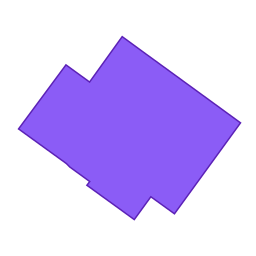 Marion, Kansas, United States of America, rotated 126°
{"feature_id": "52423323B47340881619030", "entity_name": "Marion", "entity_type": "district", "adm_level": 2, "iso_a3": "USA", "parent_name": "United States of America", "parent_adm1": "Kansas", "projection": "equal_earth", "projection_center": [-97.068, 38.347], "detail": "fine", "context": "isolated", "style": "filled", "palette": "violet", "viewbox_px": 256, "rotation_deg": 126, "n_neighbors": 0, "source": "geoboundaries", "source_scale": "gbopen_adm2", "svg_char_len": 342}
<svg xmlns="http://www.w3.org/2000/svg" viewBox="0 0 256 256"><g transform="rotate(126 128 128)"><path d="M57.5,186.4L113.4,186.1L113.4,215.3L193.1,216.0L193.0,156.9L193.8,152.0L193.8,127.5L198.5,127.6L198.4,69.1L170.2,69.1L170.1,40.0L57.7,40.0L57.6,127.7L57.6,157.1L57.5,186.4Z" fill="#8b5cf6" stroke="#5b21b6" stroke-width="1.5"/></g></svg>